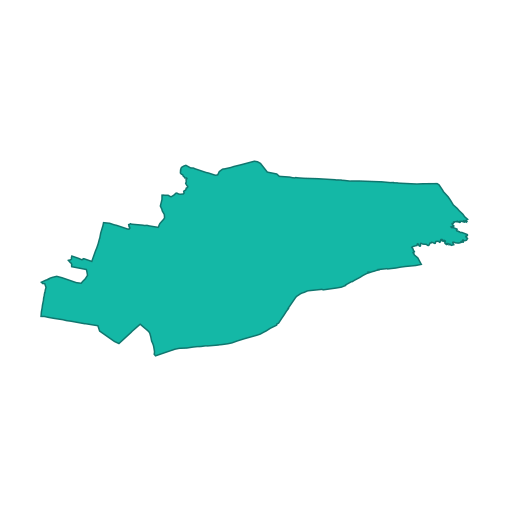 Ilzeskalna pag., Rezeknes, Latvia (Equal Earth projection), rotated 19°
{"feature_id": "27541924B19627708987282", "entity_name": "Ilzeskalna pag.", "entity_type": "district", "adm_level": 2, "iso_a3": "LVA", "parent_name": "Latvia", "parent_adm1": "Rezeknes", "projection": "equal_earth", "projection_center": [27.405, 56.647], "detail": "fine", "context": "isolated", "style": "filled", "palette": "teal", "viewbox_px": 512, "rotation_deg": 19, "n_neighbors": 0, "source": "geoboundaries", "source_scale": "gbopen_adm2", "svg_char_len": 6051}
<svg xmlns="http://www.w3.org/2000/svg" viewBox="0 0 512 512"><g transform="rotate(19 256 256)"><path d="M415.0,210.1L409.6,205.1L405.9,203.7L404.8,203.0L404.4,202.1L403.4,201.8L403.4,201.4L403.9,201.0L404.4,200.4L404.2,200.1L403.1,199.6L402.5,199.0L402.5,198.6L401.5,197.7L400.5,197.2L400.8,196.4L403.0,194.7L404.8,193.6L404.8,193.2L404.6,192.2L404.9,191.8L405.3,191.8L407.0,193.3L407.6,193.4L408.1,193.2L408.2,192.9L408.1,192.4L407.5,190.9L407.6,190.4L407.8,190.3L410.0,190.4L413.3,189.5L414.7,190.1L415.7,189.9L415.9,189.7L416.2,188.4L416.3,187.2L416.5,186.9L417.3,186.7L417.5,185.9L419.1,185.7L420.3,185.9L421.0,185.9L421.3,185.7L421.3,183.9L421.4,183.7L423.1,182.9L423.6,182.8L424.6,182.8L425.0,183.3L425.4,183.2L425.5,183.0L425.4,180.6L425.5,180.2L425.8,180.0L426.6,179.8L426.8,179.9L427.3,180.4L427.2,180.7L426.9,181.1L427.3,181.2L428.1,180.9L429.0,181.0L429.0,180.8L428.7,180.7L428.2,180.5L428.1,180.3L428.2,180.2L429.2,179.9L430.2,180.2L430.3,180.5L430.1,181.3L430.4,182.3L430.8,182.6L431.7,182.7L431.8,183.0L432.1,183.1L432.6,183.1L432.7,182.8L433.3,182.6L433.5,182.3L432.7,182.0L433.4,181.7L433.8,182.0L434.5,181.8L434.9,181.9L435.1,182.0L435.1,182.4L435.5,182.2L435.7,181.7L435.9,181.7L436.2,182.1L437.3,182.3L439.3,180.9L437.7,179.4L437.6,179.0L437.8,178.8L438.6,178.5L440.1,178.6L442.9,178.0L444.7,177.1L445.0,176.4L445.8,176.2L445.9,175.9L445.4,175.4L445.6,175.2L446.1,175.1L446.9,175.6L447.2,175.6L447.4,175.5L447.3,175.0L446.4,174.1L446.3,173.6L446.7,173.4L447.1,173.4L447.8,173.8L448.3,173.7L449.9,172.5L450.0,171.7L450.4,170.7L450.1,170.4L449.2,170.2L449.0,169.6L448.2,169.6L448.0,169.3L448.1,168.7L448.8,168.2L449.2,167.7L449.0,167.1L448.6,166.9L442.9,166.7L441.5,167.3L440.5,166.8L439.7,167.0L439.1,166.7L438.1,167.0L437.3,166.5L437.2,166.3L437.5,165.6L437.4,165.2L437.0,165.1L433.2,165.0L431.8,165.5L430.9,165.0L431.1,164.8L431.6,164.7L432.2,164.3L432.4,164.0L433.2,163.9L433.1,163.6L433.3,163.4L433.3,163.2L433.0,162.9L431.8,162.7L431.7,162.2L430.9,161.8L430.9,161.4L431.9,160.8L432.0,160.2L432.3,159.9L431.9,159.5L432.1,159.3L433.7,158.5L434.6,158.3L434.5,158.0L435.0,157.6L435.5,158.0L436.3,157.9L436.2,157.7L436.6,157.5L436.8,157.9L437.5,158.0L437.9,157.8L438.1,157.6L438.2,157.3L437.9,157.1L437.6,157.1L437.6,156.8L439.8,156.0L440.3,156.2L440.7,155.7L441.0,155.0L441.3,155.1L441.6,155.4L441.7,155.8L441.5,156.1L441.7,156.3L442.0,156.2L442.5,155.4L443.2,155.5L443.4,155.5L442.8,154.9L443.9,154.6L443.1,154.1L443.4,154.0L443.7,152.8L444.1,152.4L440.4,150.9L438.1,149.2L433.3,147.0L430.8,145.5L425.9,143.5L422.0,140.2L418.4,137.5L412.3,134.2L412.2,134.2L411.4,133.3L406.0,129.2L405.5,129.0L403.7,128.6L389.9,133.5L384.6,135.6L367.1,140.7L365.7,140.9L363.9,141.5L362.1,142.0L361.9,141.8L359.1,142.9L350.9,144.9L329.2,151.5L320.0,154.7L314.8,155.8L312.4,156.5L311.8,156.4L306.8,158.1L306.1,158.1L288.6,163.0L276.1,166.9L269.7,168.6L268.0,168.9L267.2,169.6L265.0,170.1L262.2,170.4L252.1,173.1L248.9,171.7L239.4,173.0L230.1,167.0L226.8,166.4L223.6,166.9L211.7,174.9L205.9,178.6L203.3,180.6L197.7,184.0L196.5,184.5L195.8,185.2L193.8,188.1L193.4,191.7L192.7,192.2L191.2,192.9L184.1,193.0L181.8,193.3L169.7,193.4L168.3,193.2L165.5,194.0L160.2,193.1L158.4,194.5L156.8,196.4L156.6,197.2L156.6,198.4L157.0,199.7L156.8,199.7L157.5,202.1L158.8,202.9L160.1,203.0L160.4,203.2L161.4,204.3L162.4,204.5L163.1,205.3L163.4,205.4L164.9,204.8L165.5,205.2L165.5,205.4L165.4,205.8L165.1,206.0L165.0,206.5L166.0,208.8L165.8,210.1L166.0,210.4L167.8,211.9L168.7,212.3L169.0,212.9L168.6,213.7L168.7,213.8L168.6,214.0L167.9,214.6L168.1,216.0L167.9,216.6L167.7,217.0L167.0,217.5L166.7,218.2L166.7,218.8L167.4,219.5L167.5,219.8L167.3,220.5L167.1,221.0L164.3,222.3L162.8,222.6L160.8,222.3L160.1,222.5L159.6,223.0L158.9,224.6L157.5,226.5L156.7,227.4L156.3,227.6L155.3,227.7L153.4,227.2L152.8,227.3L150.0,228.3L148.7,228.5L148.2,229.1L147.4,228.9L147.3,229.0L148.7,233.2L149.3,239.9L151.8,242.5L152.7,243.9L155.8,246.6L157.1,249.7L156.8,251.2L154.6,256.5L154.4,257.6L154.3,260.2L154.1,260.8L145.3,262.3L143.0,262.5L140.6,263.5L139.0,263.7L127.7,266.5L126.9,266.3L126.6,266.5L126.2,267.3L125.7,267.8L125.9,267.9L125.5,267.9L125.6,268.2L126.3,269.0L126.3,269.4L126.9,269.6L127.1,270.2L127.6,270.5L127.6,270.9L127.2,271.1L127.2,271.6L127.3,271.8L126.5,272.3L114.3,272.4L111.7,272.7L107.0,272.7L101.0,274.1L101.4,277.1L101.4,277.4L101.7,284.9L102.5,290.2L102.4,290.7L102.8,295.9L102.8,300.7L102.6,302.9L102.5,314.6L94.3,314.6L93.5,314.8L93.4,315.7L92.3,316.3L89.4,316.0L81.9,316.0L82.0,317.5L82.5,318.9L82.3,319.4L81.6,320.3L80.5,320.8L80.0,321.2L82.8,322.8L83.7,323.0L84.7,324.3L84.6,324.6L85.2,326.1L100.0,324.0L101.0,325.5L103.0,329.1L102.0,333.2L100.3,336.7L99.6,338.7L94.8,339.7L79.6,339.7L74.2,340.1L70.6,342.4L68.6,343.9L67.1,345.4L67.4,345.6L65.1,347.3L61.6,350.7L63.4,351.5L65.2,350.9L67.7,354.1L67.8,356.4L68.3,359.2L68.2,359.3L68.3,359.4L68.3,360.9L68.7,362.5L68.9,364.9L69.5,367.3L70.1,372.0L70.7,374.8L71.3,378.8L72.4,383.1L75.9,382.0L79.8,381.6L85.5,380.7L94.1,379.1L97.8,378.8L102.2,377.9L116.1,375.8L116.9,375.5L129.2,373.4L132.6,377.9L150.0,382.9L154.9,383.4L162.7,369.0L163.4,367.4L168.7,358.2L178.1,361.9L179.8,362.8L180.8,363.7L182.9,366.8L185.0,370.4L186.7,372.2L188.0,373.8L188.9,375.2L191.1,379.3L191.5,380.6L191.7,382.0L193.5,383.1L209.4,370.7L213.4,368.3L220.6,365.5L225.7,362.8L229.7,360.9L233.2,359.6L237.5,357.4L239.7,356.7L248.8,352.7L248.7,352.6L252.3,351.0L258.0,348.1L261.5,346.0L266.1,342.3L271.8,338.1L282.5,330.7L285.4,328.5L288.2,325.4L289.9,323.7L293.0,319.7L298.0,314.7L297.9,313.5L299.2,312.1L300.8,305.9L301.6,303.1L302.8,298.1L303.8,295.2L303.4,295.1L306.9,282.5L307.5,281.0L310.3,277.3L311.5,276.1L313.5,274.6L316.2,272.1L329.1,266.1L330.6,266.1L342.4,260.1L346.8,257.7L350.3,254.7L350.1,254.2L354.6,249.2L355.4,248.9L356.9,247.0L361.3,242.3L363.6,239.4L366.5,236.4L368.0,235.3L367.3,234.8L368.1,234.4L368.5,234.9L371.1,232.9L372.8,231.8L374.7,230.3L376.6,229.2L376.2,228.9L384.0,225.3L384.6,225.4L392.0,221.9L396.2,219.5L400.6,217.3L410.1,213.0L415.0,210.1Z" fill="#14b8a6" stroke="#0f766e" stroke-width="1.5"/></g></svg>